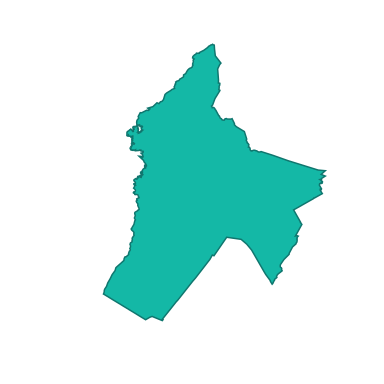 outline of Cerralvo, Nuevo León, Mexico, rotated 61°
{"feature_id": "50627088B47581095224708", "entity_name": "Cerralvo", "entity_type": "district", "adm_level": 2, "iso_a3": "MEX", "parent_name": "Mexico", "parent_adm1": "Nuevo León", "projection": "equal_earth", "projection_center": [-99.749, 26.06], "detail": "fine", "context": "isolated", "style": "filled", "palette": "teal", "viewbox_px": 384, "rotation_deg": 61, "n_neighbors": 0, "source": "geoboundaries", "source_scale": "gbopen_adm2", "svg_char_len": 6060}
<svg xmlns="http://www.w3.org/2000/svg" viewBox="0 0 384 384"><g transform="rotate(61 192 192)"><path d="M93.3,104.2L84.2,105.6L77.9,103.0L74.3,101.3L73.6,102.1L72.8,102.3L72.8,103.5L72.5,104.5L72.7,105.3L72.6,106.6L73.2,108.4L73.8,112.9L73.6,117.9L74.2,118.3L73.3,120.0L72.7,120.8L73.3,121.8L73.3,123.4L73.9,125.5L75.0,126.5L76.7,125.6L77.2,127.1L78.7,127.6L80.4,129.5L81.5,129.6L82.1,130.7L82.7,131.1L83.0,132.2L82.7,134.1L82.8,134.9L83.3,136.7L84.5,138.8L85.4,140.1L85.5,142.6L87.2,143.6L87.4,147.1L87.3,147.8L88.2,149.5L87.7,151.4L87.9,152.9L88.4,152.9L89.4,154.3L89.8,154.3L89.8,154.7L90.9,155.8L91.4,156.7L93.0,157.0L92.6,159.6L92.9,161.4L93.1,166.1L93.6,168.3L97.3,172.1L98.2,174.2L97.8,175.9L98.7,178.0L97.0,179.4L98.4,184.8L97.2,190.1L98.3,189.7L99.0,188.8L99.6,190.5L98.5,192.1L98.3,197.6L97.5,198.8L99.9,202.5L101.6,202.8L102.6,205.3L104.1,206.6L106.4,207.6L107.7,206.2L107.6,205.4L108.2,205.2L108.4,205.6L109.4,205.7L109.8,204.9L109.9,203.9L110.7,203.6L111.2,204.2L111.2,205.3L112.1,205.6L112.8,205.4L113.3,206.2L114.0,205.3L114.2,206.6L114.7,206.8L114.7,207.5L114.1,207.6L114.9,209.0L114.6,210.4L113.7,209.4L113.2,210.5L112.7,209.5L112.2,209.5L111.6,208.7L110.7,208.3L110.2,208.3L110.1,208.8L109.8,208.6L109.8,208.2L107.7,207.2L107.5,208.0L107.6,208.6L107.4,208.7L107.2,209.1L107.6,209.5L107.4,210.6L106.5,210.8L106.5,211.4L106.7,211.8L106.6,212.3L107.9,212.7L108.6,212.1L109.1,212.3L108.7,213.1L110.6,213.9L110.5,214.4L107.3,215.0L107.5,215.9L107.4,216.3L107.8,217.6L107.8,219.0L108.2,219.9L111.1,221.6L111.9,221.0L111.3,219.9L112.0,220.0L112.3,220.5L113.5,218.7L114.0,218.8L113.9,218.5L114.1,217.8L114.3,216.7L115.0,217.0L115.3,218.3L115.6,218.5L116.3,217.7L116.6,217.9L117.0,219.3L117.6,219.5L118.0,219.0L118.4,220.0L119.2,220.1L120.0,221.1L120.3,220.6L120.4,219.3L121.8,218.9L122.1,219.6L120.8,220.8L121.5,222.0L122.2,221.8L122.7,222.5L122.6,223.4L123.4,223.5L123.7,223.9L123.6,224.9L125.2,225.1L125.3,224.6L125.8,224.8L126.2,224.4L126.0,224.0L126.5,223.7L126.7,223.8L127.1,223.3L127.0,222.4L127.7,222.0L127.7,220.9L128.5,221.5L130.0,218.2L129.9,217.5L130.4,217.2L130.5,216.5L131.3,216.8L132.8,215.0L133.8,215.7L133.3,217.8L133.9,217.7L134.0,217.2L135.4,217.1L137.5,217.7L137.8,218.7L136.5,218.7L135.0,221.0L140.8,219.1L143.0,219.3L144.5,218.9L145.1,219.0L145.3,219.4L146.0,218.9L147.1,219.1L147.3,219.6L147.2,220.2L146.9,220.3L146.2,220.1L145.9,220.6L147.3,221.4L147.8,221.2L148.2,220.7L148.5,220.9L148.2,222.8L148.3,223.6L149.7,226.0L149.9,226.1L150.6,225.6L151.0,226.0L150.7,226.4L149.8,226.6L149.7,226.9L149.7,227.2L150.4,227.8L150.8,227.8L151.3,227.6L152.6,226.5L153.0,226.5L153.2,227.0L153.1,227.6L152.4,228.4L152.4,229.6L152.6,229.7L153.5,228.6L153.8,228.5L154.6,229.4L154.1,229.9L153.5,229.8L153.1,229.9L152.4,230.8L152.1,231.6L152.1,232.0L152.3,232.1L153.5,231.8L153.5,232.1L153.1,233.2L154.1,234.0L153.8,234.4L153.0,234.8L153.1,236.4L153.4,237.1L154.1,237.3L156.0,236.9L157.0,237.2L157.1,237.6L156.6,238.8L156.9,239.1L157.7,238.7L158.4,238.0L158.7,238.0L158.6,239.2L159.6,239.8L160.3,241.2L162.4,240.5L163.6,240.9L163.9,241.3L164.0,241.7L164.0,242.1L163.7,242.7L163.9,243.3L164.3,243.7L164.6,243.7L165.2,242.8L166.4,243.2L166.7,243.0L167.4,241.5L168.3,240.8L168.6,240.7L170.2,241.1L170.9,240.9L171.3,241.1L171.2,243.7L171.6,243.9L172.6,243.9L172.8,244.9L172.9,245.2L174.2,245.4L176.1,245.1L177.6,246.0L180.7,246.3L181.5,246.6L181.7,247.3L181.6,247.9L182.0,248.8L182.1,251.6L182.5,252.2L183.2,252.6L183.8,252.6L184.2,252.9L185.3,253.1L186.8,255.0L188.9,255.0L189.1,255.6L190.1,256.6L192.2,258.5L194.0,261.6L194.4,262.0L194.6,262.8L195.0,262.8L195.2,263.2L196.1,263.2L198.1,262.5L199.3,262.4L200.7,263.4L201.9,263.7L202.5,265.3L203.0,265.8L203.3,266.7L204.9,267.4L205.5,268.1L206.5,268.6L206.6,269.0L206.7,270.5L207.5,271.4L207.9,271.7L208.8,271.7L209.9,272.2L210.6,272.8L211.3,273.8L212.3,273.8L212.7,274.1L213.2,274.6L213.4,275.5L213.9,276.1L215.0,277.3L216.0,277.7L216.7,281.1L216.3,281.8L216.3,282.2L217.3,283.6L218.9,284.8L221.1,294.5L221.4,295.4L223.4,297.3L225.6,302.0L228.1,305.5L230.7,309.8L233.1,312.5L234.6,315.4L235.5,316.4L236.6,317.1L237.7,318.1L238.3,318.9L281.2,294.5L281.1,289.6L281.5,287.2L290.1,280.3L289.6,279.2L288.9,279.6L280.4,259.1L279.7,256.9L270.4,234.7L268.9,230.6L259.6,209.0L257.0,204.8L258.4,203.7L248.4,183.6L257.2,172.0L264.2,169.4L271.7,168.0L296.8,167.6L299.9,167.5L307.5,166.5L308.3,166.8L311.5,166.6L311.2,165.7L309.5,163.4L309.3,162.7L308.4,162.1L308.2,160.3L307.9,159.9L307.9,159.2L306.7,158.9L305.9,157.7L305.4,156.2L304.7,151.5L304.5,151.3L303.6,151.5L302.8,150.8L302.2,150.6L301.6,150.6L300.9,151.0L300.3,151.1L298.8,150.3L298.3,149.7L295.6,144.3L293.6,137.3L292.7,136.7L288.8,130.7L287.8,126.2L287.1,125.6L286.7,124.6L285.6,123.7L283.8,122.7L283.8,122.9L283.2,122.6L282.5,121.7L282.1,120.5L280.9,121.5L280.6,122.8L273.6,111.6L271.4,112.0L271.3,111.7L256.9,111.8L256.7,89.1L256.3,88.4L256.4,88.1L256.6,88.0L256.6,78.8L252.8,79.0L252.7,78.0L252.3,77.5L251.6,78.2L251.5,77.2L247.8,77.3L247.5,77.1L246.6,76.3L246.8,75.6L247.2,75.1L247.1,74.2L247.3,73.8L246.9,73.6L246.7,73.2L246.3,73.1L246.1,73.5L245.9,72.9L243.1,74.1L243.7,72.6L243.0,72.3L242.7,67.7L239.2,70.5L238.0,65.1L234.0,71.0L211.3,92.7L199.0,103.6L190.1,112.0L190.0,113.0L189.4,114.2L188.3,115.1L187.5,115.3L186.6,116.4L186.0,116.7L185.2,118.2L185.2,119.7L184.9,119.8L184.5,120.5L183.2,120.7L182.1,120.1L181.4,120.0L180.7,120.2L180.1,120.9L179.4,120.1L178.8,120.0L178.2,119.3L177.0,119.4L176.6,119.7L176.1,119.6L175.6,119.9L175.4,119.6L172.9,119.5L172.3,118.5L164.5,116.9L156.3,121.6L153.8,122.3L152.7,121.7L147.3,121.4L147.3,121.9L146.9,123.0L145.3,125.8L144.5,126.2L144.0,127.5L144.2,128.1L144.8,128.8L144.5,129.6L144.2,129.8L143.6,130.7L142.3,130.7L140.9,131.5L138.8,131.2L138.3,131.6L131.9,131.5L131.1,131.8L130.3,131.6L128.9,131.9L128.5,132.2L128.1,133.4L127.7,133.2L126.3,133.3L125.9,131.8L121.5,126.7L116.8,118.4L116.4,118.3L115.8,118.8L115.4,118.9L114.2,117.8L112.6,117.0L112.3,116.3L110.8,115.1L110.3,115.0L109.5,116.1L106.8,114.5L96.8,109.9L94.0,106.0L93.3,104.2Z" fill="#14b8a6" stroke="#0f766e" stroke-width="1.5"/></g></svg>